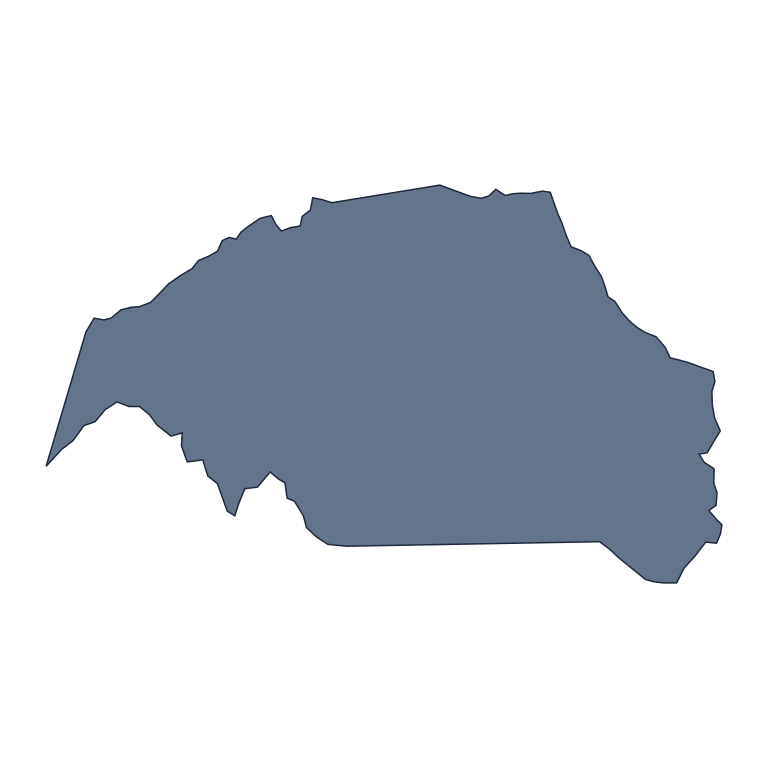 Nazário, Goiás, Brazil
{"feature_id": "56859067B93863965872709", "entity_name": "Nazário", "entity_type": "district", "adm_level": 2, "iso_a3": "BRA", "parent_name": "Brazil", "parent_adm1": "Goiás", "projection": "natural_earth1", "projection_center": [-49.852, -16.584], "detail": "fine", "context": "isolated", "style": "filled", "palette": "slate", "viewbox_px": 768, "rotation_deg": 0, "n_neighbors": 0, "source": "geoboundaries", "source_scale": "gbopen_adm2", "svg_char_len": 1648}
<svg xmlns="http://www.w3.org/2000/svg" viewBox="0 0 768 768"><path d="M94.0,318.2L85.9,332.1L46.1,466.3L61.9,449.1L73.1,440.6L83.9,425.6L95.2,421.6L105.1,409.7L117.0,401.9L129.0,406.5L139.4,406.5L149.5,414.7L157.1,425.1L171.1,436.1L182.2,432.9L181.5,445.9L187.2,461.9L202.8,459.9L207.8,476.0L217.4,483.6L227.3,511.2L234.8,515.8L238.6,503.9L244.8,488.7L257.5,487.1L270.2,471.9L278.4,479.0L284.9,482.7L287.1,498.1L294.5,501.3L303.4,515.9L306.5,527.6L316.9,537.2L328.0,544.4L346.5,546.2L599.6,541.7L609.4,549.0L619.0,558.0L645.4,579.4L653.5,581.7L663.3,582.9L676.7,582.9L684.0,568.1L694.9,556.2L705.7,542.1L716.5,543.2L720.4,534.0L721.9,524.8L715.8,518.6L708.8,510.5L716.1,505.3L717.0,492.8L713.8,483.1L714.1,468.8L704.2,462.4L699.1,454.1L707.2,452.8L714.1,441.0L720.3,430.9L714.6,418.2L712.3,404.8L711.9,391.5L714.9,381.6L713.1,371.5L700.0,366.9L689.9,363.1L678.7,359.9L670.2,357.9L665.3,347.5L656.0,336.7L645.6,332.7L637.5,327.7L630.4,322.0L622.3,313.0L614.8,301.4L608.0,296.8L605.3,287.6L601.6,276.8L595.1,266.7L588.9,255.4L580.7,250.5L571.1,246.8L566.1,235.1L561.9,222.9L558.0,214.2L553.8,202.4L550.3,192.3L542.5,191.1L530.9,193.4L520.9,193.2L512.9,193.7L505.2,195.5L495.9,189.3L488.8,196.0L481.3,198.3L470.5,196.4L439.8,185.1L331.9,202.7L322.3,199.7L312.7,197.8L310.4,210.0L302.2,216.4L300.2,225.9L290.3,227.7L281.4,231.0L276.0,224.7L271.3,215.6L260.2,218.3L248.9,225.9L240.8,232.3L236.3,239.2L229.3,237.4L222.3,240.6L217.4,251.3L208.2,256.5L198.4,260.5L192.0,268.7L180.7,275.4L168.7,283.7L160.7,292.2L150.7,302.3L139.5,306.7L131.4,307.2L120.9,309.9L111.3,318.0L104.1,319.9L94.0,318.2Z" fill="#64748b" stroke="#1e293b" stroke-width="1.5"/></svg>